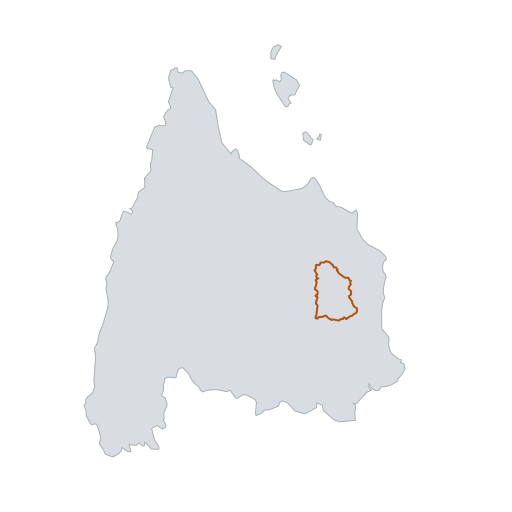 Spain, with Jaén highlighted, rotated 275°
{"feature_id": "ESP-5826", "entity_name": "Jaén", "entity_type": "Autonomous Community", "adm_level": 1, "iso_a3": "ESP", "parent_name": "Spain", "parent_adm1": "", "projection": "mercator", "projection_center": [-3.264, 37.956], "detail": "fine", "context": "in_parent", "style": "outline", "palette": "amber", "viewbox_px": 512, "rotation_deg": 275, "n_neighbors": 0, "source": "natural_earth", "source_scale": "10m", "svg_char_len": 6241}
<svg xmlns="http://www.w3.org/2000/svg" viewBox="0 0 512 512"><g transform="rotate(275 256 256)"><path d="M276.9,113.1L276.9,114.6L279.4,117.5L287.0,119.2L288.9,120.3L288.5,124.3L286.7,127.6L288.3,129.1L290.1,129.0L292.4,126.3L292.8,128.1L296.3,129.7L303.8,132.8L309.2,133.2L314.7,139.3L323.7,138.1L331.8,143.9L339.4,142.6L341.1,143.8L352.9,143.9L353.5,139.2L354.9,137.3L375.4,143.9L377.8,147.9L377.4,149.9L378.5,154.6L381.2,154.5L386.5,151.8L393.5,155.1L395.3,158.0L396.8,158.2L402.0,155.3L416.2,158.8L416.7,156.5L417.7,155.9L423.7,153.9L426.1,153.4L433.7,154.9L434.6,157.6L436.1,158.6L436.7,160.9L432.3,162.3L431.8,166.3L434.5,169.7L434.9,175.5L427.2,182.9L405.5,195.6L398.3,203.0L382.2,206.9L365.4,212.4L355.5,222.3L358.0,223.1L361.0,226.5L360.0,228.0L355.7,230.3L351.8,230.9L344.5,243.1L334.4,255.6L330.7,261.3L322.8,275.8L322.8,279.9L326.7,294.3L328.9,298.0L332.0,301.2L337.9,303.9L339.4,306.5L337.4,309.0L331.4,313.5L321.1,319.5L316.8,324.2L315.8,328.8L312.8,330.8L311.7,337.2L307.6,346.0L307.3,348.3L310.5,351.5L307.3,353.5L291.5,354.2L281.7,361.1L276.8,367.2L272.3,378.5L266.9,385.1L264.5,386.3L260.8,383.4L256.2,383.0L251.8,383.9L249.4,386.2L245.7,387.5L242.2,386.4L234.4,385.8L231.0,385.9L225.6,387.8L221.0,386.5L213.2,385.9L196.3,387.4L194.1,388.1L186.6,395.6L178.5,395.8L171.1,398.9L166.1,406.2L165.1,410.1L163.7,409.2L162.5,409.5L161.9,412.5L156.8,414.3L151.1,411.9L146.3,408.3L143.8,408.0L139.7,402.4L138.0,398.8L136.8,394.9L136.7,392.1L133.1,390.5L132.2,387.0L134.8,382.3L138.3,379.7L135.0,379.9L132.7,382.9L129.7,378.1L117.4,368.7L118.0,365.4L116.0,367.9L114.6,368.5L108.3,368.1L101.0,369.3L98.0,353.3L99.8,347.6L107.9,336.6L113.0,335.1L115.1,329.4L110.4,329.6L103.0,318.6L104.9,308.3L112.3,300.5L113.6,297.4L113.8,294.5L112.4,292.5L108.4,291.3L104.2,283.1L103.2,278.0L99.8,275.1L97.0,270.0L99.5,269.2L110.1,269.2L112.6,267.9L114.5,264.4L116.5,258.8L117.0,255.3L112.9,250.4L112.7,249.3L113.3,247.7L119.7,242.1L118.4,238.0L119.4,229.3L118.9,224.2L118.2,220.0L116.0,214.6L117.4,212.4L120.8,210.5L123.5,206.1L127.4,202.4L132.5,199.4L138.4,192.8L137.5,189.9L135.4,188.2L128.1,186.9L127.6,185.6L127.6,178.5L125.7,175.6L123.0,175.9L119.0,174.7L118.0,175.5L112.8,175.2L109.1,173.9L107.6,175.0L107.2,177.6L101.1,180.2L97.7,180.1L92.0,177.8L85.7,178.6L84.9,178.1L79.5,181.0L77.6,181.1L75.4,177.5L78.4,172.4L75.7,167.5L74.1,167.4L64.0,170.9L58.1,175.6L55.7,176.2L54.9,175.4L54.6,168.7L60.8,161.6L56.9,161.1L57.0,159.0L59.6,155.7L57.0,153.3L57.0,146.0L51.5,148.3L50.1,148.0L50.0,145.1L53.4,139.3L49.8,138.6L47.1,136.4L43.7,131.6L43.7,129.1L45.5,123.2L50.3,120.4L55.1,116.3L61.6,117.1L71.3,113.6L74.6,111.8L74.5,109.3L73.4,107.4L74.4,105.7L82.3,100.7L87.0,100.2L91.9,97.7L95.1,99.3L98.0,98.8L101.2,100.7L105.6,105.1L111.8,106.8L116.9,105.4L142.6,105.0L149.9,102.9L155.6,105.6L166.5,106.8L173.1,109.1L191.4,112.8L198.0,112.8L211.2,109.2L214.8,110.1L220.1,108.3L222.7,108.7L226.0,111.2L237.7,114.7L240.7,111.7L243.0,111.1L251.4,112.9L259.9,116.6L264.3,116.8L270.7,115.8L276.9,113.1ZM431.6,264.8L434.6,266.1L437.8,264.9L439.5,265.3L441.1,265.9L441.6,268.5L434.8,281.2L429.4,284.6L424.0,281.9L420.8,281.2L419.9,280.2L419.1,276.2L417.7,274.9L415.6,274.3L411.4,277.5L410.1,275.3L408.1,274.9L407.3,273.6L407.4,272.0L420.3,262.1L424.1,259.9L432.1,257.4L433.3,257.8L432.2,259.3L433.3,260.7L431.6,264.8ZM468.3,259.6L467.0,263.1L457.4,258.4L454.3,257.9L453.5,257.2L453.8,253.6L460.3,253.1L465.5,254.9L468.3,259.6ZM378.4,300.1L377.2,302.6L372.5,301.7L371.4,300.7L372.4,297.9L373.8,297.5L373.9,295.5L375.3,293.5L382.1,291.9L383.6,293.3L384.0,295.2L379.9,299.5L378.4,300.1ZM383.0,310.0L382.3,310.5L377.1,310.0L377.0,308.4L378.1,306.1L380.0,308.4L383.0,308.8L383.0,310.0Z" fill="#d9dde1" stroke="#a8b0b8" stroke-width="1"/><path d="M253.3,333.6L251.5,334.4L251.7,336.6L249.4,338.4L248.9,338.0L248.7,337.9L245.8,340.3L242.5,345.8L242.2,346.8L242.2,350.1L239.8,351.4L239.6,352.6L238.1,352.2L237.5,352.2L236.9,352.4L236.2,352.9L233.2,351.3L232.1,351.1L231.2,351.4L230.5,352.1L229.8,353.2L229.2,353.6L226.6,354.1L225.8,353.9L224.4,352.4L223.7,352.1L223.2,352.2L219.4,355.5L217.7,355.9L214.3,358.0L212.7,361.1L209.3,361.4L207.7,360.5L206.6,358.4L205.0,357.2L204.8,356.7L204.3,355.2L202.9,353.6L202.0,352.2L201.3,351.9L201.1,351.7L201.2,351.1L202.2,350.0L202.4,349.6L202.4,348.9L201.9,348.5L200.9,348.1L200.6,347.4L200.5,345.8L200.1,345.3L199.3,344.8L199.0,344.4L198.9,344.0L199.6,338.3L198.8,336.7L199.5,336.1L199.6,335.8L199.8,334.8L199.9,334.4L201.7,331.8L202.5,331.4L202.5,329.6L201.5,328.3L201.2,327.5L201.0,326.6L201.0,325.3L200.2,323.4L199.1,322.9L199.1,321.4L199.2,321.1L199.5,320.8L200.4,320.8L201.0,320.8L202.2,321.3L211.1,321.6L212.1,321.5L212.8,321.2L213.1,320.6L213.3,320.3L213.8,320.0L214.2,319.8L214.7,319.8L215.1,319.8L215.3,320.0L215.9,320.2L216.1,320.1L216.4,320.0L216.6,320.0L217.4,320.4L218.0,320.4L219.7,320.8L220.1,320.8L220.4,320.7L220.6,320.6L220.8,320.3L220.9,319.5L221.0,319.2L221.3,318.9L221.7,318.9L222.0,318.9L222.2,319.1L222.3,319.4L222.4,319.7L222.5,320.0L222.8,320.4L223.9,320.6L224.4,320.7L224.8,320.7L225.1,320.6L226.0,320.3L226.7,319.8L227.1,319.3L227.3,319.1L227.3,318.8L227.4,318.5L227.5,318.2L228.3,317.7L229.0,317.6L229.5,317.6L229.8,317.7L230.4,318.0L231.0,318.2L231.6,318.3L233.7,318.5L234.8,318.8L235.2,318.7L235.5,318.6L236.0,318.1L236.9,317.6L237.2,317.6L237.4,317.7L237.6,318.0L238.4,319.0L238.8,319.5L239.1,319.7L239.2,319.3L239.3,318.8L239.5,318.6L240.1,318.1L240.6,317.9L241.0,317.9L241.5,317.8L241.8,317.9L242.1,318.0L242.4,318.2L242.7,318.4L242.9,318.5L243.0,318.4L243.3,318.2L243.5,318.0L243.8,317.7L244.8,317.1L245.0,317.0L245.1,316.9L245.6,316.6L246.3,316.1L246.4,315.9L246.7,315.6L247.9,316.3L249.3,316.9L249.9,316.6L250.3,316.5L250.8,316.5L251.7,316.5L252.2,316.7L252.4,316.8L252.5,316.9L252.5,317.1L252.4,317.5L252.5,318.1L252.6,318.4L252.5,319.0L252.4,319.5L252.5,319.8L252.6,320.0L253.0,320.3L255.1,320.9L255.2,321.2L255.1,321.7L255.1,322.0L255.2,322.3L255.3,322.6L255.4,323.2L255.4,323.8L255.4,324.2L255.5,324.6L255.7,325.0L256.6,325.6L256.9,326.0L256.9,326.3L256.9,326.5L256.9,326.8L256.9,327.1L256.8,327.3L256.7,327.6L256.5,327.9L256.4,328.0L256.5,328.7L256.5,329.0L256.5,329.3L254.6,331.9L254.3,332.4L254.1,332.7L253.6,333.1L253.3,333.6Z" fill="none" stroke="#b45309" stroke-width="2"/></g></svg>